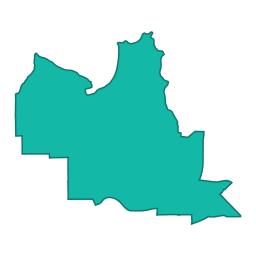 outline of Melville, Western Australia, Australia
{"feature_id": "25037944B89194743408802", "entity_name": "Melville", "entity_type": "district", "adm_level": 2, "iso_a3": "AUS", "parent_name": "Australia", "parent_adm1": "Western Australia", "projection": "mercator", "projection_center": [115.829, -32.044], "detail": "fine", "context": "isolated", "style": "filled", "palette": "teal", "viewbox_px": 256, "rotation_deg": 0, "n_neighbors": 0, "source": "geoboundaries", "source_scale": "gbopen_adm2", "svg_char_len": 5511}
<svg xmlns="http://www.w3.org/2000/svg" viewBox="0 0 256 256"><path d="M181.1,133.1L180.5,132.9L179.9,132.9L179.1,132.7L178.3,132.3L178.1,132.0L178.0,131.3L178.1,130.9L177.9,130.5L177.8,130.2L177.9,129.3L178.0,127.5L178.1,126.4L178.0,125.8L177.8,125.3L177.6,124.9L177.2,123.9L177.3,123.4L177.6,122.5L177.6,122.1L177.3,121.7L177.0,121.2L176.5,119.9L174.3,116.3L172.4,112.3L171.3,111.1L170.4,110.6L168.5,109.9L167.8,109.5L167.4,109.1L167.2,108.5L166.4,105.7L165.6,104.0L165.5,103.3L165.3,102.5L165.4,101.3L165.3,100.0L165.1,98.9L164.9,95.8L164.6,94.3L164.0,92.8L164.0,92.3L163.9,91.3L164.0,90.8L164.2,89.6L164.6,88.6L165.4,87.4L166.3,86.3L166.9,85.8L167.6,85.0L167.8,84.5L167.7,84.2L168.3,82.6L168.3,82.2L168.2,81.8L168.0,81.5L167.6,81.3L165.7,80.8L163.9,79.7L163.1,78.7L162.0,77.2L161.1,76.5L160.9,76.2L160.4,75.3L160.0,73.7L159.8,72.7L159.8,72.2L159.9,71.4L161.0,67.2L161.0,66.2L161.1,64.8L161.0,63.7L161.0,63.3L160.9,62.4L160.9,61.5L160.8,60.8L160.9,59.6L161.0,58.9L161.5,56.8L161.8,56.5L162.1,56.1L162.7,55.6L164.1,54.4L163.4,53.2L163.0,52.1L162.8,51.5L162.7,51.3L162.3,51.1L161.2,51.1L160.5,50.9L159.8,51.0L159.5,50.9L159.0,50.7L158.7,50.7L158.2,50.6L157.6,50.3L157.3,50.0L156.9,49.3L155.7,48.3L154.9,46.6L154.6,46.1L154.0,44.6L153.9,43.2L154.0,41.0L153.8,39.6L153.7,39.2L153.4,39.0L152.8,38.8L151.2,37.9L150.8,37.3L150.8,36.9L150.8,36.6L151.1,35.7L151.6,34.9L152.2,34.1L152.6,33.4L152.6,32.8L152.4,32.5L152.0,32.2L151.5,32.0L151.2,32.0L150.8,32.2L150.5,32.6L149.6,33.3L148.1,34.1L147.6,34.2L146.8,34.1L145.4,33.5L144.8,33.2L144.4,33.1L144.1,33.2L143.3,33.7L142.7,34.0L142.4,34.5L142.1,35.8L141.5,37.1L140.9,38.2L140.2,39.3L139.8,39.9L138.8,40.6L138.1,41.4L137.5,41.8L136.7,42.2L135.1,42.7L133.5,43.3L132.7,43.4L131.7,43.7L131.3,43.7L130.5,43.6L129.9,43.5L129.2,43.3L128.6,43.0L127.9,42.6L127.3,41.9L126.8,41.3L126.0,41.0L125.4,40.9L125.0,41.1L124.6,41.4L123.9,41.8L123.3,42.4L122.7,42.8L121.3,42.8L120.2,42.5L119.6,42.5L118.3,42.6L118.0,42.7L117.6,43.1L117.5,43.3L117.4,43.7L117.6,43.9L117.9,44.3L118.4,45.2L118.6,45.7L118.8,47.3L118.9,52.1L118.8,53.8L118.8,54.7L118.4,59.7L118.0,61.8L118.0,62.9L117.4,65.8L117.2,67.4L116.6,70.1L114.9,75.0L114.0,76.9L113.6,77.4L113.0,78.7L112.2,79.7L111.7,80.5L111.2,81.1L109.7,83.2L109.1,83.8L106.9,85.2L106.2,85.8L103.9,87.4L101.7,88.1L100.7,88.6L99.9,88.8L98.7,89.3L98.0,89.7L96.9,90.6L95.4,92.5L94.4,93.3L93.9,93.6L93.1,93.8L92.7,93.8L92.2,94.0L91.8,94.2L90.4,94.6L89.7,94.8L87.8,95.0L87.0,94.7L86.4,94.4L86.1,94.0L85.3,91.0L85.3,90.3L85.4,89.8L85.6,89.3L86.1,88.8L86.7,88.6L87.7,88.5L88.6,88.4L90.2,87.8L90.8,87.8L91.4,87.5L91.8,87.3L91.8,87.0L91.6,86.3L91.9,85.5L91.9,85.1L91.6,84.5L90.9,83.5L90.9,82.7L91.0,82.3L91.1,82.1L90.9,81.8L90.3,81.5L88.9,81.1L88.4,80.3L88.1,79.7L87.8,79.3L85.3,77.8L83.9,77.2L81.4,76.1L80.4,75.8L79.4,75.5L78.7,74.9L78.0,73.9L77.3,73.1L76.5,72.5L73.6,71.2L71.8,70.6L71.0,70.4L69.3,70.2L66.8,70.1L64.8,69.7L63.9,69.4L61.5,68.4L59.6,67.3L58.8,67.2L57.8,66.8L54.8,64.7L53.7,63.7L52.6,62.5L51.9,61.9L51.2,61.6L50.4,61.4L49.8,61.3L49.5,61.1L48.3,60.0L47.5,59.5L45.8,58.6L44.0,57.9L41.4,57.3L39.2,56.4L38.9,56.2L38.5,55.6L37.5,54.6L36.8,53.7L36.4,53.4L36.0,53.3L35.4,53.6L35.2,53.9L35.1,54.5L34.9,54.6L34.7,55.2L34.8,56.0L34.6,56.8L34.7,57.5L34.4,59.1L34.2,61.2L34.2,61.9L34.2,62.8L34.3,63.8L34.7,65.1L34.8,65.9L34.7,66.4L34.5,66.8L34.3,67.0L34.5,68.1L34.4,68.4L34.2,69.3L34.0,69.9L33.6,70.5L33.6,70.8L33.3,71.2L32.5,72.1L32.1,72.6L31.8,73.3L31.3,73.9L29.4,75.6L28.7,76.4L28.0,76.7L27.9,76.8L27.7,77.3L27.7,77.7L27.3,78.0L27.2,78.2L27.2,78.7L26.8,79.3L26.5,79.5L25.3,80.9L25.0,81.3L24.7,82.2L24.4,82.8L24.1,83.1L23.5,83.2L23.3,83.3L22.7,83.8L21.5,85.8L21.0,86.7L20.5,88.9L20.3,89.6L20.1,89.9L19.8,91.1L19.4,91.9L18.9,92.4L18.5,93.3L18.2,93.6L17.8,93.3L16.2,93.6L15.6,94.2L15.6,97.9L15.8,98.1L15.7,98.3L15.4,116.0L15.5,115.9L15.6,118.0L15.6,120.6L15.8,136.0L22.0,135.8L22.0,136.1L22.1,138.7L22.2,143.6L22.2,154.0L30.8,153.9L49.4,153.9L49.5,157.9L49.8,157.9L52.7,157.7L66.9,157.5L68.1,157.5L68.0,171.1L68.2,181.0L67.9,181.2L68.0,181.3L68.0,184.1L68.2,195.6L68.1,199.3L68.4,199.3L73.4,199.2L91.7,199.2L92.6,198.9L95.0,203.9L95.4,205.1L98.7,204.0L99.4,203.7L100.1,203.3L100.7,202.8L101.3,202.2L102.9,200.2L104.0,199.1L104.7,198.6L105.3,198.3L106.1,197.9L107.0,197.7L107.9,197.5L109.3,197.4L110.8,197.5L112.3,197.8L114.0,198.2L115.5,198.8L116.3,199.3L118.4,200.7L119.5,201.6L120.1,202.2L124.7,207.3L126.1,208.6L127.1,209.3L128.1,210.0L129.1,210.4L130.0,210.7L132.0,210.8L139.8,210.8L142.0,210.7L143.8,210.6L146.7,210.2L151.9,209.0L154.2,208.6L157.4,208.4L157.0,213.4L157.0,215.1L158.5,214.8L168.2,214.7L168.5,214.6L168.8,214.6L177.9,214.6L177.8,215.0L179.8,215.0L179.8,214.7L191.7,214.7L191.7,219.2L192.0,219.2L192.0,222.4L191.6,222.6L191.6,224.0L197.2,222.0L200.1,220.9L204.4,218.9L207.2,217.3L208.6,216.3L209.8,216.9L214.9,216.8L223.1,215.4L224.6,215.6L226.8,216.7L240.6,216.6L240.5,215.5L225.6,200.2L220.4,194.6L220.4,194.4L220.1,194.1L221.3,192.8L221.5,193.0L222.1,192.5L222.8,191.3L223.6,189.4L224.0,189.6L224.5,189.7L225.1,189.6L225.2,189.4L225.3,189.0L231.7,182.9L231.9,182.6L231.4,182.2L229.7,181.3L228.8,181.0L227.9,180.7L226.5,180.5L226.5,180.9L224.9,180.7L223.9,180.8L223.0,180.9L218.6,181.8L217.6,182.0L216.3,182.0L213.9,181.9L204.5,180.7L199.1,180.0L199.2,179.7L199.5,179.8L199.5,179.7L201.0,175.6L201.8,172.2L202.3,169.8L202.8,166.3L202.9,165.3L203.0,162.4L203.1,140.5L203.3,138.8L203.8,135.0L203.9,134.1L203.9,131.7L195.1,131.4L188.0,137.3L180.9,136.5L180.9,134.1L181.1,133.1Z" fill="#14b8a6" stroke="#0f766e" stroke-width="1.5"/></svg>